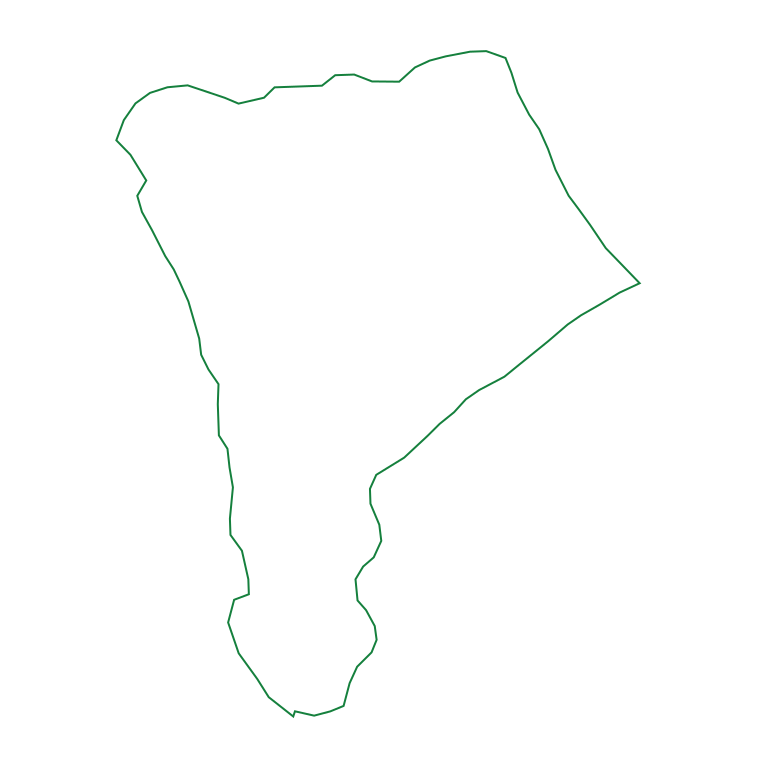 outline of Agios Amvrosios Keryneias, Cyprus, rotated 268°
{"feature_id": "46923920B46036306691539", "entity_name": "Agios Amvrosios Keryneias", "entity_type": "district", "adm_level": 2, "iso_a3": "CYP", "parent_name": "Cyprus", "parent_adm1": "", "projection": "equal_earth", "projection_center": [33.571, 35.33], "detail": "fine", "context": "isolated", "style": "outline", "palette": "green", "viewbox_px": 768, "rotation_deg": 268, "n_neighbors": 0, "source": "geoboundaries", "source_scale": "gbopen_adm2", "svg_char_len": 1310}
<svg xmlns="http://www.w3.org/2000/svg" viewBox="0 0 768 768"><g transform="rotate(268 384 384)"><path d="M475.8,643.0L498.6,622.5L512.0,610.4L535.8,595.5L552.0,584.6L565.7,575.1L592.0,562.9L613.2,556.1L633.2,548.0L648.1,538.5L670.6,527.7L690.6,522.2L705.6,516.8L713.1,497.8L713.1,481.6L709.3,457.2L705.6,440.9L699.3,426.0L685.6,409.7L686.8,382.6L694.3,365.0L694.3,346.0L684.3,332.4L684.3,303.9L684.3,285.0L674.3,274.1L669.3,248.4L675.6,234.8L689.3,198.2L688.1,177.9L683.1,160.3L673.1,145.4L656.8,133.2L636.9,125.0L621.9,138.6L595.7,153.5L580.7,144.0L564.4,148.1L545.7,157.6L519.5,169.8L505.8,177.9L493.3,183.3L473.3,191.4L435.8,200.9L419.6,202.3L404.6,209.1L389.6,218.6L369.7,217.2L338.4,217.2L324.7,225.3L306.0,226.7L286.0,229.4L254.8,225.3L238.5,225.3L222.3,236.2L193.6,241.6L178.6,241.6L173.6,226.7L151.1,219.9L119.9,229.4L93.7,247.0L75.0,257.9L54.9,281.7L60.0,283.6L55.0,302.6L58.7,318.9L63.7,332.4L86.2,339.2L102.4,347.3L116.2,362.2L128.6,367.7L142.4,366.3L158.6,358.2L168.6,350.0L189.8,348.7L202.3,356.8L211.1,367.7L227.3,375.8L243.5,374.4L264.8,366.3L279.7,366.3L293.5,373.1L309.7,401.6L330.9,426.0L342.2,438.2L353.4,453.1L365.9,465.3L374.6,478.8L387.1,504.6L398.4,519.5L420.9,549.4L437.1,569.7L445.8,583.3L455.8,602.3L467.1,622.6L475.8,643.0Z" fill="none" stroke="#15803d" stroke-width="2"/></g></svg>